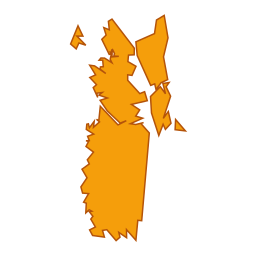 outline of Karmøy nor, Rogaland, Norway
{"feature_id": "86288312B31081381702542", "entity_name": "Karmøy nor", "entity_type": "district", "adm_level": 2, "iso_a3": "NOR", "parent_name": "Norway", "parent_adm1": "Rogaland", "projection": "orthographic", "projection_center": [5.261, 59.278], "detail": "medium", "context": "isolated", "style": "filled", "palette": "amber", "viewbox_px": 256, "rotation_deg": 0, "n_neighbors": 0, "source": "geoboundaries", "source_scale": "gbopen_adm2", "svg_char_len": 1806}
<svg xmlns="http://www.w3.org/2000/svg" viewBox="0 0 256 256"><path d="M112.0,19.1L108.4,21.3L109.3,29.8L103.8,27.6L106.1,35.1L101.8,39.3L109.2,54.4L110.8,54.2L110.3,52.3L110.9,52.6L111.8,49.9L112.5,49.5L114.5,53.5L113.8,56.1L118.8,56.3L112.0,56.9L112.2,49.9L110.2,59.3L111.9,62.7L104.6,58.1L100.9,58.0L99.1,60.2L102.7,60.2L103.3,66.7L100.4,66.9L100.1,69.1L105.8,73.5L94.6,65.9L89.7,65.2L95.6,74.9L89.8,77.5L96.5,84.7L93.2,87.6L97.7,97.4L96.7,93.2L102.2,92.5L98.9,95.1L107.4,98.0L100.1,100.3L107.3,110.9L120.2,123.1L126.3,120.7L118.0,124.9L100.3,106.3L98.8,120.6L96.5,119.3L99.5,121.9L93.5,127.3L94.2,121.3L89.4,127.8L88.4,123.8L86.8,124.2L86.3,129.4L93.7,134.1L87.6,136.3L89.3,140.5L86.0,140.8L88.6,141.4L86.0,146.5L93.5,152.1L87.3,159.8L89.3,163.9L82.0,169.2L87.0,177.8L80.9,186.9L82.6,193.1L88.6,193.6L83.6,202.2L86.3,203.2L85.8,212.9L89.2,209.8L91.8,211.2L89.4,211.8L92.9,216.3L90.8,219.1L95.4,227.0L89.6,229.9L92.6,235.5L104.4,237.1L102.5,230.4L106.8,229.7L116.1,240.6L120.0,237.2L118.8,232.4L126.6,237.7L126.5,229.6L135.9,240.3L137.8,220.3L141.7,220.7L149.3,133.0L140.8,123.4L143.6,122.6L135.7,124.5L130.4,123.7L142.7,118.2L135.7,116.1L139.7,109.9L131.4,104.4L147.3,100.7L144.6,91.7L139.8,93.6L127.7,80.3L127.7,74.8L132.0,75.4L136.0,66.3L127.9,61.6L128.5,55.1L134.2,54.8L134.3,48.2L112.0,19.1ZM135.9,41.8L137.2,55.5L150.7,85.4L154.7,83.9L156.0,89.4L161.1,82.7L167.7,79.6L163.5,56.8L168.0,37.9L164.2,15.4L156.5,20.0L154.5,33.6L135.9,41.8ZM169.1,82.5L162.9,83.5L165.5,93.8L160.3,86.7L150.5,96.5L151.5,113.0L158.8,135.5L163.1,124.3L165.4,129.4L171.0,123.3L168.3,111.5L163.3,118.4L170.6,96.2L166.1,86.8L169.1,82.5ZM78.0,25.8L70.6,44.0L76.2,48.9L78.9,43.0L85.8,45.2L76.9,36.1L82.9,36.1L78.0,25.8ZM185.4,130.9L175.6,119.5L175.1,129.7L185.4,130.9Z" fill="#f59e0b" stroke="#b45309" stroke-width="1.5"/></svg>